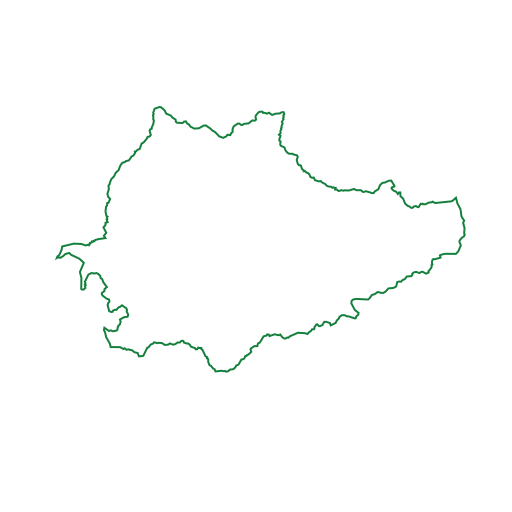 outline of Jaen, Cajamarca, Peru, rotated 31°
{"feature_id": "86281439B77742651017236", "entity_name": "Jaen", "entity_type": "district", "adm_level": 2, "iso_a3": "PER", "parent_name": "Peru", "parent_adm1": "Cajamarca", "projection": "mercator", "projection_center": [-79.01, -5.73], "detail": "fine", "context": "isolated", "style": "outline", "palette": "green", "viewbox_px": 512, "rotation_deg": 31, "n_neighbors": 0, "source": "geoboundaries", "source_scale": "gbopen_adm2", "svg_char_len": 6122}
<svg xmlns="http://www.w3.org/2000/svg" viewBox="0 0 512 512"><g transform="rotate(31 256 256)"><path d="M397.4,103.1L396.0,107.6L395.2,108.6L382.3,118.3L379.3,118.5L379.1,119.3L376.7,121.1L374.6,124.4L372.7,125.5L371.8,125.3L370.8,126.6L370.3,126.6L370.2,130.4L369.2,130.9L367.6,130.7L365.9,132.1L365.6,133.6L364.5,134.8L361.9,134.5L360.4,134.9L356.9,134.3L352.5,131.0L349.1,130.4L347.0,127.2L345.9,127.8L345.7,129.8L343.1,128.7L340.4,129.1L338.1,128.6L337.2,128.0L337.1,127.2L338.8,125.1L338.7,124.7L333.1,121.7L331.1,123.1L328.5,126.8L326.7,128.2L325.8,131.5L326.5,135.8L324.6,139.3L324.4,141.5L323.4,142.2L317.0,143.8L314.9,146.0L312.0,145.6L307.9,148.0L305.6,148.0L301.9,152.0L297.9,154.2L297.5,154.9L295.3,155.6L293.4,157.8L291.1,157.4L289.6,158.3L289.1,156.7L288.3,157.3L287.3,157.1L286.3,158.2L285.0,157.9L282.0,159.2L280.1,159.3L278.8,158.7L274.2,158.9L273.0,158.4L271.4,159.7L267.4,160.6L265.1,159.0L263.8,160.1L261.9,160.2L259.6,158.5L258.1,158.1L256.2,158.5L254.4,158.0L253.3,158.8L252.6,157.9L250.8,157.8L247.7,155.3L246.1,156.0L244.4,155.5L241.4,152.7L240.7,149.4L239.3,148.6L235.7,149.7L234.8,149.5L231.7,151.3L229.5,151.3L226.7,150.2L224.5,148.3L220.3,148.7L219.2,147.8L218.1,145.2L216.8,145.1L215.9,144.2L215.2,140.4L213.2,140.2L213.8,137.9L212.8,136.7L212.3,135.4L212.5,134.4L211.6,133.6L211.9,132.8L211.0,131.5L210.5,128.6L209.1,127.7L209.1,124.4L208.3,124.0L208.1,122.4L207.0,121.6L207.2,119.7L205.5,118.5L203.8,119.8L202.9,121.6L199.8,123.7L197.1,126.8L193.3,126.5L192.0,128.4L189.9,128.7L188.3,129.7L187.6,129.1L186.7,129.2L184.9,130.5L184.1,131.7L183.5,135.7L183.9,137.0L185.7,138.9L185.7,139.8L185.3,140.6L183.0,141.7L181.3,146.2L177.9,148.7L176.9,150.5L175.9,151.3L173.5,151.1L172.1,152.0L170.1,156.4L170.6,159.4L172.1,161.8L171.4,163.6L171.7,165.6L169.1,166.8L168.9,168.8L167.0,171.6L162.9,172.4L157.4,170.9L153.8,170.9L151.5,170.3L145.8,169.9L143.9,171.3L141.3,175.9L137.4,178.6L133.1,178.8L130.7,177.8L128.7,177.9L126.6,176.7L125.1,177.9L124.9,179.2L124.1,180.1L119.5,182.5L118.2,182.2L116.8,180.5L113.0,180.4L110.8,179.5L105.6,180.2L102.9,178.4L100.7,177.8L97.6,177.5L96.6,177.9L93.3,181.9L94.1,186.2L95.3,187.1L95.2,188.5L96.4,189.6L97.4,191.6L98.6,192.3L100.1,196.1L100.4,199.5L101.1,200.6L100.1,202.0L100.2,203.3L103.5,206.5L103.2,208.5L101.7,209.8L102.0,211.6L101.1,216.8L100.0,218.5L101.2,224.1L99.7,226.1L99.3,228.0L98.4,228.9L99.3,229.9L99.2,232.9L98.1,234.9L97.8,239.5L95.6,241.7L95.2,243.0L93.4,245.0L93.1,248.1L94.0,253.3L92.9,256.8L93.3,260.8L92.4,264.6L93.0,268.7L93.6,269.7L93.3,271.6L95.5,274.6L96.6,279.2L98.6,281.3L101.6,282.2L102.1,286.3L101.2,287.2L102.3,289.5L102.1,291.0L104.1,295.4L107.0,298.6L108.5,298.7L108.6,300.5L109.6,301.0L109.4,302.0L111.4,303.4L109.9,305.0L111.0,306.9L110.5,310.0L115.7,313.2L115.2,317.0L117.7,318.2L112.0,322.9L109.8,325.3L109.9,326.4L109.1,326.7L108.9,327.7L108.0,327.8L108.2,328.9L106.9,330.4L107.5,331.6L107.0,332.1L107.1,332.8L106.4,332.7L104.5,334.7L100.2,335.6L93.4,339.3L85.0,347.6L86.2,351.0L86.7,354.7L86.8,356.9L86.0,358.7L86.3,360.2L86.7,359.4L89.3,358.2L90.7,355.5L91.6,352.5L94.3,349.6L97.0,350.2L106.0,349.3L111.9,350.5L113.3,360.4L117.6,364.7L123.2,374.3L124.0,374.4L125.5,373.5L126.2,371.3L124.8,369.7L125.1,368.8L123.9,368.4L124.0,367.4L122.6,366.1L121.9,358.3L123.7,355.4L126.7,354.1L128.0,352.8L130.2,352.6L132.6,353.2L134.3,355.0L136.0,355.0L138.8,357.2L144.2,359.4L143.2,362.4L144.1,364.1L143.0,366.8L143.1,367.7L144.7,368.9L150.0,369.5L152.6,369.0L153.9,370.7L153.5,372.3L154.1,374.5L158.6,378.9L160.9,378.5L161.8,377.7L161.7,376.0L163.1,374.5L164.1,374.1L164.6,370.8L165.6,369.8L166.5,367.3L171.7,367.6L173.3,368.8L173.7,370.2L176.7,372.1L177.2,374.1L174.3,376.6L172.1,380.5L173.9,382.1L174.5,384.7L173.9,387.5L175.1,390.3L175.0,391.6L172.0,394.3L169.9,394.5L168.6,396.0L163.0,395.6L163.8,397.8L166.1,399.3L169.3,402.7L176.0,406.5L178.3,408.9L186.5,404.1L190.3,404.0L191.0,402.7L193.3,403.1L195.0,401.5L196.5,401.4L198.1,400.6L201.3,401.1L204.5,400.1L207.3,402.3L210.5,400.0L210.8,399.3L210.0,390.7L210.9,389.8L211.3,386.3L213.0,383.8L213.2,382.4L216.7,381.3L217.3,380.5L220.2,379.1L223.6,379.2L226.4,377.2L227.2,375.3L230.6,374.7L232.3,373.0L233.2,370.7L235.3,369.3L235.7,367.4L236.8,366.4L237.6,366.3L238.8,367.3L242.0,366.6L242.8,365.9L245.1,366.2L246.9,367.2L251.3,366.4L252.3,367.0L253.6,366.2L253.7,364.2L254.8,364.1L256.5,363.0L257.2,364.0L258.5,364.0L264.4,368.0L266.3,367.9L266.7,369.0L268.1,369.0L269.8,371.6L272.4,373.5L273.8,373.3L277.2,374.5L278.8,374.4L280.8,375.8L285.6,372.1L287.9,371.3L288.6,370.5L290.1,370.5L291.7,368.7L292.0,367.0L294.9,364.6L295.6,362.3L295.5,360.0L296.9,358.2L296.8,352.2L298.0,351.3L298.8,349.7L298.3,347.4L299.3,346.6L299.3,345.6L300.3,344.3L301.3,340.6L299.3,338.8L299.2,338.1L301.1,334.0L303.5,332.6L302.8,329.9L303.9,328.1L303.9,321.0L306.1,318.6L306.0,317.4L307.7,316.7L308.8,317.7L312.3,313.5L316.2,312.3L317.3,310.8L320.3,312.1L322.9,312.1L323.9,311.4L324.7,309.8L325.9,309.3L326.3,307.5L331.5,300.2L337.6,297.0L340.3,296.3L340.6,294.3L341.7,292.0L341.8,290.0L343.6,288.7L342.8,286.9L343.0,283.6L343.7,283.0L346.0,283.7L346.8,283.3L348.5,281.0L348.4,277.3L350.0,276.3L353.9,275.4L355.8,277.0L358.7,272.4L358.5,269.7L359.2,266.8L358.9,265.0L360.3,262.3L362.6,261.1L365.4,260.8L366.2,260.1L372.9,258.6L373.5,258.0L373.1,255.8L373.9,253.8L373.2,251.9L368.6,251.4L362.1,247.5L361.1,245.3L361.5,243.5L363.8,241.3L374.4,235.6L375.1,233.9L375.4,229.8L377.5,227.3L378.9,224.1L382.2,223.2L384.3,221.9L385.5,219.3L386.2,215.6L390.1,212.7L391.5,210.7L391.8,209.7L390.5,205.6L391.9,204.1L393.6,203.3L394.0,201.2L395.4,199.3L395.8,195.9L399.5,193.3L399.8,191.8L399.0,190.6L400.0,188.4L401.4,187.2L404.9,186.4L406.0,184.3L407.1,183.7L410.9,183.5L412.3,181.7L412.4,181.1L411.7,180.4L412.3,176.3L412.0,174.5L411.2,173.5L411.6,172.5L410.2,171.2L409.2,168.3L409.5,167.4L411.0,166.7L415.0,162.3L413.3,160.7L414.9,158.6L417.2,156.6L426.3,151.2L427.0,147.9L426.2,141.9L425.6,140.9L423.1,139.2L422.6,137.8L422.9,134.8L424.2,131.9L423.8,130.1L422.7,129.3L420.4,124.7L416.5,120.9L416.2,118.5L411.9,116.4L407.1,110.5L401.6,107.2L397.4,103.1Z" fill="none" stroke="#15803d" stroke-width="2"/></g></svg>